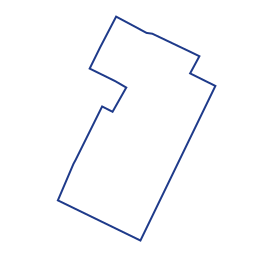 Teller, Colorado, United States of America (Mercator projection), rotated 206°
{"feature_id": "52423323B64605598139542", "entity_name": "Teller", "entity_type": "district", "adm_level": 2, "iso_a3": "USA", "parent_name": "United States of America", "parent_adm1": "Colorado", "projection": "mercator", "projection_center": [-105.118, 38.889], "detail": "fine", "context": "isolated", "style": "outline", "palette": "blue", "viewbox_px": 256, "rotation_deg": 206, "n_neighbors": 0, "source": "geoboundaries", "source_scale": "gbopen_adm2", "svg_char_len": 382}
<svg xmlns="http://www.w3.org/2000/svg" viewBox="0 0 256 256"><g transform="rotate(206 128 128)"><path d="M67.8,32.3L67.5,32.3L67.9,204.1L96.1,204.3L95.3,223.8L101.6,223.8L147.5,223.4L153.0,221.6L187.5,222.9L188.4,188.4L188.5,164.6L160.2,164.5L147.3,163.6L149.0,135.8L160.7,136.0L161.1,76.1L161.3,72.0L159.3,32.2L67.8,32.3Z" fill="none" stroke="#1e3a8a" stroke-width="2"/></g></svg>